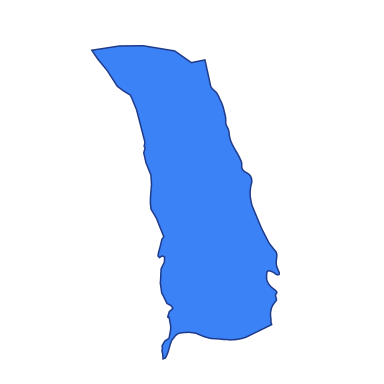 Qarah, Hajjah, Yemen (Equal Earth projection), rotated 349°
{"feature_id": "15242507B20225444371684", "entity_name": "Qarah", "entity_type": "district", "adm_level": 2, "iso_a3": "YEM", "parent_name": "Yemen", "parent_adm1": "Hajjah", "projection": "equal_earth", "projection_center": [43.48, 16.353], "detail": "fine", "context": "isolated", "style": "filled", "palette": "blue", "viewbox_px": 384, "rotation_deg": 349, "n_neighbors": 0, "source": "geoboundaries", "source_scale": "gbopen_adm2", "svg_char_len": 3402}
<svg xmlns="http://www.w3.org/2000/svg" viewBox="0 0 384 384"><g transform="rotate(349 192 192)"><path d="M120.7,33.7L124.9,43.6L132.0,56.7L138.8,73.9L143.6,79.3L149.9,85.1L150.7,87.9L153.3,100.9L153.3,101.3L155.3,134.3L153.7,138.1L154.5,139.7L153.0,142.5L152.1,144.3L152.3,151.3L152.4,154.4L154.9,167.6L153.7,176.9L150.6,187.9L150.4,188.6L149.0,194.9L149.0,195.1L148.5,201.0L152.1,211.0L153.8,220.2L155.2,227.3L155.8,230.4L154.9,231.3L153.4,232.8L151.7,236.5L150.3,239.6L147.5,245.2L146.4,248.3L147.6,250.2L150.5,249.0L152.7,250.7L152.0,253.5L151.5,255.6L147.0,261.5L144.5,271.8L143.5,275.5L143.0,285.2L144.0,288.5L146.2,296.7L149.7,299.5L151.1,302.5L146.7,305.3L146.6,305.6L144.9,308.9L144.5,309.6L144.4,310.3L144.8,310.6L145.2,310.3L145.5,310.4L145.6,310.8L145.5,319.4L144.9,322.5L144.8,322.9L141.5,331.3L137.0,333.0L133.3,337.2L133.3,337.4L132.9,340.6L132.2,342.0L132.3,345.6L131.7,350.3L134.2,349.9L136.1,347.4L137.9,344.6L139.3,341.8L140.7,339.1L141.6,337.4L142.2,336.4L143.1,334.9L143.8,333.7L145.2,332.6L145.7,332.1L146.0,331.9L146.9,331.0L147.4,330.6L148.0,330.1L148.6,329.7L150.4,328.7L151.0,328.4L152.9,328.2L153.9,328.2L154.6,328.2L155.6,328.3L156.6,328.4L158.3,328.5L159.4,328.8L161.0,328.9L162.2,329.1L163.6,329.6L164.6,329.9L166.4,330.5L169.1,331.5L171.4,333.1L173.9,334.7L176.0,336.1L176.3,336.3L179.1,337.7L181.8,339.1L184.8,340.0L187.4,340.6L190.1,341.3L190.5,341.4L192.8,342.1L195.4,343.0L198.1,343.4L198.6,343.6L200.6,344.3L203.5,344.8L206.8,345.2L207.3,345.2L209.3,345.3L209.9,345.3L213.2,345.3L217.5,344.8L227.3,342.1L244.9,337.4L244.7,335.1L244.7,334.7L245.1,332.8L245.5,328.3L246.0,325.6L247.2,322.5L248.3,320.3L250.0,318.2L251.7,316.6L252.9,315.6L253.7,314.9L254.1,314.4L254.4,313.6L254.5,312.5L254.3,311.6L254.2,310.8L254.2,310.0L254.3,309.1L255.1,308.0L255.9,307.3L256.1,306.6L256.1,306.1L255.7,305.5L255.1,304.3L253.1,302.2L252.3,301.2L251.8,300.7L250.5,298.5L249.5,296.5L248.8,294.0L248.6,292.0L249.1,289.2L249.6,286.8L250.3,284.9L250.8,284.4L251.8,284.0L252.7,284.0L254.2,284.8L255.0,285.3L255.8,285.8L257.6,287.4L258.9,288.9L259.9,289.6L260.8,289.7L261.2,289.7L261.6,289.7L262.0,289.2L262.2,288.5L262.2,287.5L261.2,282.7L260.9,280.6L261.0,278.2L261.7,275.3L262.4,273.2L262.9,271.5L263.3,269.8L263.3,268.2L263.1,266.6L262.2,265.2L260.3,261.6L259.8,260.7L259.7,260.5L259.0,259.1L258.2,257.5L257.4,255.2L253.4,241.3L253.1,240.0L248.6,218.1L248.3,216.2L248.2,213.9L248.2,213.5L248.2,211.7L248.2,209.8L248.3,207.9L248.5,205.9L248.9,203.9L249.4,201.9L249.9,200.2L250.5,198.3L251.2,196.6L251.6,195.9L252.1,194.9L252.7,193.1L253.0,191.2L252.9,189.2L252.4,187.4L251.6,185.9L250.4,184.6L249.2,183.4L248.0,182.5L246.9,181.2L246.0,179.8L245.5,177.7L245.8,175.8L246.2,174.0L246.3,172.1L246.0,170.3L245.5,168.6L245.1,166.5L244.4,164.6L243.8,162.5L243.2,160.8L242.5,159.0L241.9,157.3L241.3,155.4L240.8,153.7L240.3,151.8L240.2,151.3L239.9,150.0L239.6,148.0L239.5,146.1L239.4,144.2L239.6,142.3L239.7,140.5L239.7,138.6L239.5,136.7L238.9,134.9L238.4,133.0L238.2,131.1L238.6,129.2L238.9,127.4L239.2,125.4L239.2,123.6L239.2,121.7L239.0,119.7L239.0,117.7L238.8,115.8L238.7,113.9L238.4,112.0L238.1,110.1L237.6,108.3L237.1,106.6L236.7,104.7L236.2,102.6L235.8,101.3L235.6,100.7L234.8,98.9L233.7,97.3L232.6,95.9L231.6,94.5L230.7,92.6L230.5,90.7L229.9,64.8L216.1,64.9L201.9,50.2L176.0,40.6L172.0,39.1L148.5,34.8L130.0,34.1L120.7,33.7Z" fill="#3b82f6" stroke="#1e3a8a" stroke-width="1.5"/></g></svg>